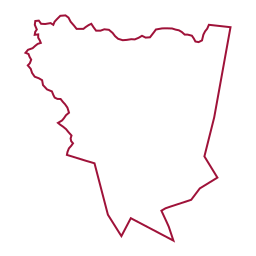 Aquidabã, Sergipe, Brazil, rotated 90°
{"feature_id": "56859067B15430987932018", "entity_name": "Aquidabã", "entity_type": "district", "adm_level": 2, "iso_a3": "BRA", "parent_name": "Brazil", "parent_adm1": "Sergipe", "projection": "mercator", "projection_center": [-37.097, -10.269], "detail": "fine", "context": "isolated", "style": "outline", "palette": "rose", "viewbox_px": 256, "rotation_deg": 90, "n_neighbors": 0, "source": "geoboundaries", "source_scale": "gbopen_adm2", "svg_char_len": 1538}
<svg xmlns="http://www.w3.org/2000/svg" viewBox="0 0 256 256"><g transform="rotate(90 128 128)"><path d="M226.8,87.2L222.1,89.3L210.7,94.6L208.3,90.5L206.6,85.6L199.8,64.8L188.4,56.2L177.6,38.6L156.4,51.6L117.4,41.8L27.2,25.5L24.8,47.1L28.7,48.8L31.3,50.9L34.6,52.6L40.4,54.0L42.1,57.4L41.5,60.6L38.5,62.2L35.7,64.1L34.6,68.4L34.6,71.3L32.0,74.2L30.3,77.1L29.6,80.4L28.5,83.9L28.3,89.6L28.4,93.9L29.5,100.1L32.0,101.9L37.3,106.0L37.6,110.4L35.8,114.0L37.8,117.4L39.4,121.2L39.2,124.8L39.9,129.3L40.2,133.3L38.8,137.9L36.2,140.9L32.9,143.4L29.8,147.1L29.3,151.7L30.7,155.6L30.7,159.9L27.2,162.5L23.8,164.7L25.1,167.4L27.1,170.4L28.9,172.6L28.9,175.9L28.9,179.4L25.6,182.0L21.7,185.4L17.6,187.5L15.4,190.5L15.8,195.7L19.3,199.2L21.7,201.4L24.8,202.7L23.1,205.4L24.0,210.8L23.8,214.9L20.6,217.2L21.0,220.7L24.8,221.2L29.5,219.2L31.9,220.8L34.8,221.3L34.4,217.8L37.7,217.8L40.2,216.3L42.9,215.2L43.9,218.3L45.7,220.6L48.2,223.4L49.8,228.0L52.8,230.5L54.0,227.5L56.7,226.5L59.7,224.8L63.3,226.2L65.4,228.2L68.8,225.3L73.0,223.9L76.7,221.3L78.3,217.1L80.2,213.9L85.1,213.0L89.4,209.0L91.4,204.1L95.1,202.6L97.6,201.3L98.9,198.6L99.0,195.4L101.8,193.2L104.2,191.0L107.6,188.6L112.7,187.0L115.2,190.0L118.4,192.2L120.5,194.0L122.9,198.0L124.7,195.8L126.7,192.9L129.2,189.9L132.3,187.4L135.5,184.5L138.5,185.4L141.2,184.8L143.3,183.0L145.7,184.7L148.4,187.1L151.9,188.5L154.9,189.1L160.9,169.7L161.9,166.2L163.3,161.5L214.7,148.1L233.0,136.6L236.1,134.6L218.2,125.2L240.6,82.6L226.8,87.2Z" fill="none" stroke="#9f1239" stroke-width="2"/></g></svg>